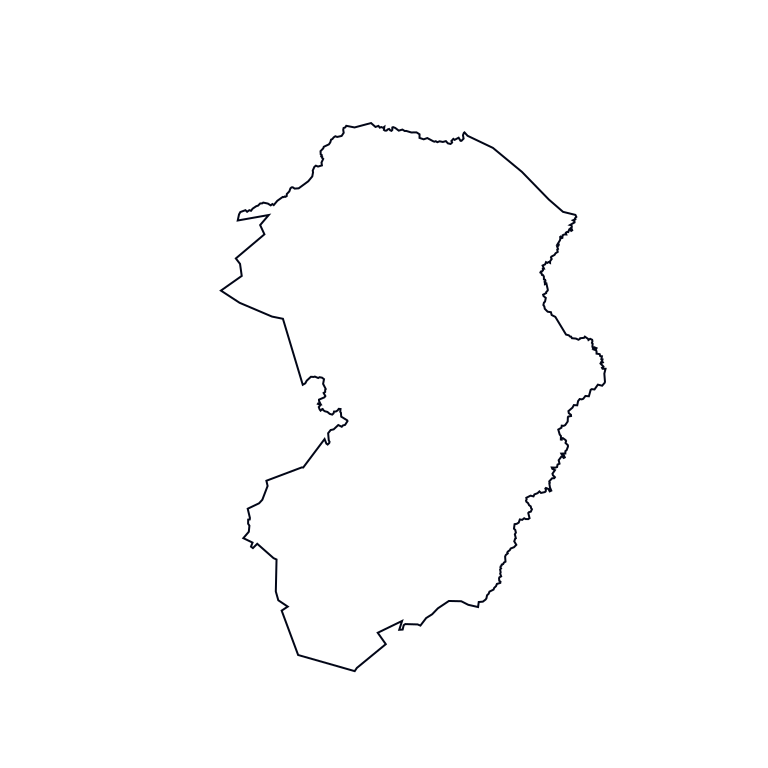 Pueblo Nuevo, Durango, Mexico (Robinson projection), rotated 224°
{"feature_id": "50627088B37596930660354", "entity_name": "Pueblo Nuevo", "entity_type": "district", "adm_level": 2, "iso_a3": "MEX", "parent_name": "Mexico", "parent_adm1": "Durango", "projection": "robinson", "projection_center": [-105.379, 23.455], "detail": "fine", "context": "isolated", "style": "outline", "palette": "ink", "viewbox_px": 768, "rotation_deg": 224, "n_neighbors": 0, "source": "geoboundaries", "source_scale": "gbopen_adm2", "svg_char_len": 6166}
<svg xmlns="http://www.w3.org/2000/svg" viewBox="0 0 768 768"><g transform="rotate(224 384 384)"><path d="M257.5,129.4L205.6,157.1L206.3,160.9L202.0,198.1L215.7,200.7L206.4,226.1L202.3,217.8L200.0,220.3L202.3,224.2L201.9,226.1L192.8,234.4L190.0,235.5L191.1,245.0L189.4,251.8L189.4,260.1L186.6,273.0L177.5,281.4L170.0,283.7L161.4,288.9L164.4,293.0L161.7,296.1L161.2,299.4L161.4,300.9L163.1,303.6L163.0,305.8L163.9,307.9L162.4,312.2L163.1,313.9L163.0,316.4L163.9,318.6L162.2,321.7L162.9,322.7L164.4,322.5L166.3,324.2L166.7,325.1L166.1,327.0L168.7,328.3L169.3,329.6L171.6,331.2L171.7,332.7L172.7,332.8L173.4,333.8L173.3,335.1L173.9,335.9L173.2,337.3L173.7,338.8L173.2,340.6L177.0,344.0L177.6,345.6L177.3,348.1L178.2,348.4L178.5,349.3L178.1,351.8L178.6,353.7L177.1,356.9L177.1,360.2L181.0,361.3L182.2,363.9L182.0,364.6L185.5,366.8L185.9,368.7L188.2,370.2L190.0,370.2L192.7,373.9L191.4,375.6L190.8,377.9L192.2,380.9L190.2,382.3L189.9,384.8L188.3,385.2L186.4,387.0L186.1,388.6L190.6,391.4L190.7,392.4L189.7,394.2L190.6,396.7L192.0,396.9L193.4,397.9L195.4,397.6L197.6,398.4L199.7,398.2L200.8,398.7L201.2,400.0L202.6,401.0L201.0,405.5L198.4,407.0L199.1,409.1L197.7,412.1L197.6,414.7L195.4,414.7L193.2,418.0L193.1,419.1L194.1,420.4L195.3,420.9L195.3,421.7L192.8,422.7L190.2,421.9L189.6,423.5L192.8,424.9L196.2,427.5L196.1,428.1L197.5,428.8L197.6,432.9L196.1,434.5L196.3,435.7L199.1,435.7L200.5,436.5L201.2,440.8L204.0,439.9L205.3,440.5L202.7,442.8L201.8,444.5L203.2,446.6L202.4,448.6L205.4,450.5L206.0,455.2L205.7,455.8L203.4,455.6L203.0,456.8L206.3,458.1L207.5,456.9L208.1,457.1L205.3,460.0L206.9,461.7L206.7,463.3L208.2,466.8L209.2,467.7L212.5,467.7L213.4,469.5L214.4,469.8L217.8,469.3L218.3,468.6L217.5,467.4L218.2,466.9L220.6,469.5L222.5,469.7L227.0,472.3L226.0,475.8L227.2,477.5L225.7,478.7L225.1,480.3L225.8,484.6L228.7,487.9L228.8,488.6L227.2,490.9L228.1,491.7L230.8,491.4L232.5,492.6L232.0,497.9L232.8,500.7L230.2,502.9L232.5,506.5L232.8,509.1L231.1,510.3L230.4,511.8L230.8,515.3L228.1,517.5L231.3,523.4L231.0,524.6L228.8,526.3L229.7,532.1L225.9,534.3L226.1,538.2L226.6,539.1L232.7,544.5L235.2,548.8L237.4,546.8L238.4,547.1L237.9,548.4L238.2,549.0L242.5,549.1L243.0,550.8L242.0,550.7L241.6,551.6L243.0,551.9L243.9,553.5L244.9,552.9L246.5,555.3L247.8,554.3L249.6,555.3L252.2,553.5L253.9,555.2L255.0,555.5L256.3,554.9L255.6,556.1L256.0,557.4L258.2,556.5L257.9,555.6L258.6,554.9L260.1,555.7L261.9,557.9L263.0,558.0L263.8,559.6L265.0,560.4L267.1,559.7L267.5,557.7L268.5,558.2L272.4,557.6L272.2,556.1L274.7,553.2L274.4,552.4L274.9,550.9L277.5,550.0L280.6,547.5L282.3,548.0L283.0,547.4L284.9,547.4L287.4,546.0L307.4,551.3L311.3,550.1L313.8,551.6L316.5,549.7L317.5,549.7L320.6,549.8L322.6,551.2L324.2,551.5L325.5,553.7L325.4,555.1L327.4,558.3L330.4,558.1L331.6,558.8L330.5,562.0L331.1,562.6L331.2,565.0L331.8,565.7L337.0,569.1L337.6,567.6L338.3,568.3L338.1,568.9L339.4,569.0L339.4,570.3L340.5,570.9L341.6,570.3L343.6,572.3L345.1,572.8L346.2,572.2L347.6,573.1L348.9,572.8L349.3,573.8L348.6,575.0L348.6,576.2L349.8,577.2L349.0,578.1L352.2,579.4L351.2,582.0L352.1,584.2L350.7,584.5L350.3,586.1L348.7,586.5L349.8,587.6L350.2,590.4L351.7,590.9L352.1,591.8L351.0,595.3L351.4,597.2L350.8,599.7L352.7,601.0L352.6,602.0L355.4,603.4L354.6,604.5L355.0,605.6L355.6,605.9L356.3,605.3L357.3,609.7L358.4,611.4L359.4,612.1L359.3,612.7L357.6,612.3L357.2,613.0L358.8,615.1L358.1,617.0L356.7,618.2L358.3,619.2L357.9,620.7L357.0,621.3L358.1,623.8L357.4,624.5L355.7,624.2L355.4,625.3L357.1,626.1L358.0,625.5L357.9,627.3L358.6,628.0L359.6,628.3L360.6,627.7L359.2,632.6L360.1,633.4L361.8,633.0L360.8,635.4L361.7,635.8L361.7,637.8L363.8,638.6L374.8,632.2L393.5,631.2L432.2,632.4L469.7,629.5L496.3,620.6L500.9,620.9L501.0,620.1L500.0,617.8L497.2,615.8L497.2,612.8L497.9,612.1L501.4,613.0L502.8,608.7L504.4,608.5L504.3,605.6L502.9,605.2L502.7,604.3L502.9,602.9L505.2,601.5L508.2,601.7L509.8,599.0L512.6,597.2L513.6,595.0L515.4,594.6L516.1,593.3L517.2,592.8L523.7,591.0L525.4,587.6L529.4,585.7L531.9,588.3L535.4,587.6L539.1,583.9L543.8,581.5L544.8,580.4L547.5,579.8L549.4,576.5L553.8,576.0L555.9,575.1L556.2,574.3L554.5,572.5L554.5,571.3L555.8,570.8L557.5,571.0L558.2,569.6L558.2,568.1L559.2,567.0L560.6,566.7L562.4,569.2L562.7,567.6L564.5,566.9L565.1,565.5L567.3,565.8L568.7,563.0L574.6,562.7L583.4,548.1L590.5,543.5L590.1,541.7L590.9,540.1L589.9,538.5L587.5,536.7L586.8,533.0L589.3,529.2L591.1,528.4L591.5,526.5L591.3,524.3L591.8,523.0L590.5,520.5L590.1,518.1L592.1,512.8L591.4,511.3L591.4,507.4L589.0,505.2L587.7,505.4L587.2,504.1L586.2,504.4L585.6,503.7L584.1,503.7L582.8,499.9L580.5,498.1L582.5,494.6L584.7,493.7L584.9,491.8L583.5,488.0L582.1,487.0L579.8,483.5L579.3,477.2L581.3,465.5L584.0,462.5L586.3,462.1L587.1,461.2L587.2,459.7L585.9,456.8L585.9,453.2L584.5,451.5L585.0,450.1L585.6,450.0L586.0,448.7L586.8,448.2L588.0,441.7L587.6,436.1L589.3,435.9L589.6,433.8L592.9,433.1L596.9,430.6L597.0,429.5L598.5,427.8L598.5,424.8L599.4,423.2L600.3,418.9L600.0,416.2L601.6,415.5L602.1,412.8L604.4,412.8L606.8,407.9L606.1,405.3L602.8,400.0L584.3,425.5L583.5,412.3L574.0,408.6L577.8,371.4L571.0,370.4L561.4,362.9L566.2,337.9L544.3,342.1L511.4,354.7L502.0,360.7L441.9,327.0L441.1,329.8L441.9,332.7L441.6,338.4L439.4,340.3L438.9,341.3L435.5,342.6L435.1,344.1L433.0,345.5L430.5,345.8L427.9,341.8L422.4,339.9L422.3,339.0L420.8,337.4L421.2,335.6L417.8,334.6L417.6,333.0L419.9,327.6L419.0,326.7L415.7,325.5L417.8,324.4L417.7,323.8L415.1,325.0L414.9,322.1L412.6,321.0L411.1,320.8L411.0,323.2L410.6,323.4L409.5,323.0L407.6,323.3L405.3,324.6L402.3,324.8L400.0,326.0L399.9,327.8L400.8,329.5L399.5,330.8L399.0,332.8L399.3,334.7L397.9,335.8L396.2,333.6L395.0,333.4L392.1,330.8L385.2,332.3L384.5,332.0L383.6,327.6L384.8,325.5L384.7,323.9L388.4,322.7L388.7,316.4L390.4,313.8L390.0,309.8L384.6,305.1L383.0,304.6L382.4,303.5L382.5,301.3L384.1,301.1L388.5,303.1L384.1,267.8L385.2,266.9L401.4,232.7L396.9,229.8L391.1,216.2L391.0,211.4L395.4,199.6L387.4,194.5L386.5,193.3L387.5,192.1L384.7,189.1L382.4,188.6L378.6,183.8L378.1,175.4L368.4,178.6L366.7,174.6L364.3,174.9L364.2,181.0L342.5,182.0L339.4,183.1L317.7,159.6L309.8,155.0L298.6,157.0L300.2,149.9L257.5,129.4Z" fill="none" stroke="#020617" stroke-width="2"/></g></svg>